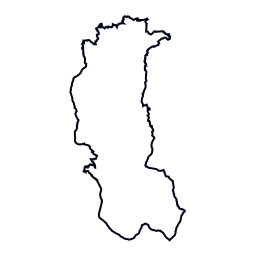 the district of Novaci, Gorj, Romania, rotated 181°
{"feature_id": "2599482B17328442784912", "entity_name": "Novaci", "entity_type": "district", "adm_level": 2, "iso_a3": "ROU", "parent_name": "Romania", "parent_adm1": "Gorj", "projection": "equal_earth", "projection_center": [23.644, 45.237], "detail": "fine", "context": "isolated", "style": "outline", "palette": "ink", "viewbox_px": 256, "rotation_deg": 181, "n_neighbors": 0, "source": "geoboundaries", "source_scale": "gbopen_adm2", "svg_char_len": 5880}
<svg xmlns="http://www.w3.org/2000/svg" viewBox="0 0 256 256"><g transform="rotate(181 128 128)"><path d="M131.3,239.3L133.3,239.6L133.6,238.8L134.5,238.6L134.7,237.0L134.2,236.5L134.9,236.1L135.2,235.5L135.0,235.2L135.6,234.7L135.0,234.0L135.3,233.6L134.4,232.7L135.3,232.9L135.6,232.5L137.4,232.5L137.5,232.2L139.1,232.1L139.4,230.9L140.5,230.4L140.9,228.6L141.4,229.3L141.9,230.9L143.1,230.6L144.9,231.5L144.8,230.8L145.4,229.9L145.3,229.0L146.7,228.4L149.3,229.1L149.8,227.9L151.5,228.9L152.9,227.3L153.9,228.2L154.4,227.9L155.8,229.1L156.4,230.4L155.9,230.8L156.3,231.8L157.7,231.3L159.0,229.1L157.6,228.6L157.4,228.2L159.4,228.4L160.5,227.4L161.5,227.0L160.7,226.0L161.1,225.7L160.1,224.3L159.8,224.5L159.3,223.8L158.7,221.6L160.7,220.8L160.3,219.8L160.7,219.3L159.3,216.7L160.7,215.4L160.4,214.1L160.5,214.4L162.0,214.0L161.7,213.4L162.5,212.7L161.7,211.2L163.5,211.1L166.3,213.5L167.0,213.8L168.3,215.3L170.3,215.1L170.3,214.7L174.0,214.7L173.6,212.7L174.5,213.3L174.8,212.4L174.4,212.0L175.3,211.0L174.6,210.3L174.4,208.4L174.8,208.1L174.3,207.4L175.3,207.0L175.3,206.7L175.2,206.2L174.3,205.7L174.0,204.4L174.1,202.6L173.7,201.8L174.1,200.9L173.7,200.3L173.5,199.1L172.6,198.0L172.6,197.4L172.1,196.5L172.3,192.4L170.8,191.3L171.1,190.4L170.9,189.2L171.5,188.2L174.3,186.3L175.4,184.6L175.8,183.3L177.2,181.2L179.8,179.1L182.7,177.6L182.8,177.0L183.4,176.6L183.6,175.8L183.5,174.9L184.6,172.2L184.9,169.4L185.6,167.6L185.9,165.8L185.7,164.8L186.0,164.4L186.2,162.9L184.2,156.9L184.1,154.7L182.6,152.0L182.2,149.9L181.5,148.2L181.8,147.3L180.6,146.4L179.7,144.4L179.6,143.7L180.4,142.8L180.9,141.2L180.2,139.2L178.3,135.6L177.6,135.1L177.7,134.3L178.8,132.1L178.6,131.2L179.0,130.4L178.9,129.6L179.3,128.9L178.9,127.6L179.0,127.0L179.8,124.9L181.0,123.7L181.1,121.5L180.6,116.6L180.8,114.1L180.2,112.6L178.2,111.1L175.9,110.7L172.2,111.3L171.6,111.7L171.1,110.7L167.9,110.3L167.1,109.8L165.9,109.0L166.1,108.8L166.0,107.9L165.1,106.3L163.1,104.6L163.4,104.6L163.7,103.3L162.4,102.6L162.3,101.8L161.9,101.4L158.5,99.8L159.7,96.6L160.5,96.7L161.6,96.4L161.7,96.0L164.5,96.2L163.2,93.7L162.7,93.7L161.1,91.7L160.4,90.2L160.1,87.8L160.5,87.9L160.6,89.2L161.9,90.7L162.6,90.7L161.9,90.3L161.9,90.0L163.0,90.2L163.0,90.7L164.3,90.9L164.1,90.5L164.5,90.4L165.3,90.7L166.4,89.9L166.5,89.0L167.1,89.1L167.0,88.6L167.7,88.2L167.7,87.7L168.7,87.9L169.3,89.0L169.9,88.9L170.7,87.9L170.7,86.3L171.6,83.8L169.7,82.9L169.8,83.8L169.4,84.2L167.2,84.3L166.7,83.7L166.3,82.6L164.8,81.7L163.6,79.8L163.2,80.1L162.0,77.9L161.1,77.8L159.9,76.6L159.6,76.8L159.2,76.4L158.4,75.2L158.0,75.4L157.6,74.1L154.2,67.7L153.8,66.7L153.7,65.3L154.7,62.0L154.6,60.1L153.9,57.3L153.0,55.9L152.7,55.0L153.1,54.2L152.8,53.6L155.6,41.5L155.3,38.7L154.7,37.7L149.8,34.0L149.3,33.2L148.0,32.6L147.3,30.7L146.1,29.6L144.9,27.5L143.5,26.5L142.5,25.1L138.2,22.5L135.4,21.3L133.2,19.4L128.9,17.1L126.5,16.9L125.2,16.4L123.5,16.7L120.1,18.1L118.7,20.6L117.8,21.4L116.2,22.1L115.3,23.1L114.7,25.1L112.9,28.5L112.3,31.1L110.6,31.6L109.8,32.5L108.1,32.5L106.0,31.3L104.8,28.5L102.6,26.8L97.4,25.6L95.8,26.2L94.5,25.7L93.6,25.8L93.3,25.3L90.8,23.6L89.9,22.3L89.4,21.1L87.4,18.8L85.4,17.5L84.5,16.5L79.3,21.7L78.6,24.0L78.8,25.3L78.3,26.2L78.0,28.6L75.6,33.5L74.8,34.4L74.4,35.2L73.8,36.9L73.1,41.3L72.2,42.2L71.4,44.3L70.2,45.0L69.8,46.4L72.0,47.7L72.7,47.5L73.1,47.9L74.5,48.1L75.7,49.2L75.9,50.1L76.9,50.7L77.1,51.4L76.9,52.0L77.6,52.6L77.7,55.0L78.4,55.9L78.1,56.9L78.5,57.9L79.2,58.6L79.3,59.2L80.3,60.2L80.8,61.6L80.6,62.5L81.4,63.5L81.3,64.8L82.1,66.4L81.5,67.8L81.2,69.5L81.8,72.2L81.8,73.1L82.3,74.3L82.0,75.4L82.7,76.2L83.8,76.5L84.4,77.5L85.6,78.2L86.3,79.1L86.5,80.0L89.2,80.4L89.7,81.0L90.3,83.5L90.9,83.9L90.8,85.0L91.6,85.8L91.8,86.6L93.9,85.8L96.8,85.9L98.8,87.4L106.8,88.6L108.0,89.4L109.1,89.6L109.3,90.6L109.8,90.7L110.0,91.2L109.6,92.2L109.5,93.5L108.4,95.5L108.1,96.9L107.4,97.9L107.3,99.1L106.1,100.7L104.5,102.0L103.6,103.5L103.4,105.6L103.1,106.0L103.1,106.5L103.3,108.0L103.8,108.5L104.2,110.5L104.0,113.0L103.3,115.1L101.5,118.5L102.3,119.8L103.6,120.8L103.6,122.1L103.3,123.1L103.9,124.3L103.7,125.0L102.7,125.7L102.6,126.1L103.1,127.3L103.9,128.3L104.2,130.4L104.5,130.5L105.1,129.8L105.8,130.3L105.9,131.7L106.5,133.2L106.1,134.0L106.7,135.3L107.2,135.6L108.0,135.5L107.7,137.7L107.2,138.7L108.6,140.8L107.5,141.6L107.3,142.3L108.6,144.7L108.7,145.9L108.3,146.8L107.3,146.5L106.7,146.7L106.6,147.7L107.5,148.4L108.7,148.1L108.8,149.4L109.8,151.7L113.4,150.2L113.3,151.6L114.9,154.6L114.5,157.9L114.0,158.9L113.6,161.0L114.0,162.2L113.7,162.4L113.8,162.8L113.0,163.4L113.1,164.2L111.1,169.1L111.1,171.0L111.8,173.8L110.6,175.1L110.4,175.7L111.1,177.7L110.8,180.9L111.0,181.9L110.7,182.3L110.7,184.5L111.2,185.8L112.2,186.2L112.0,187.3L112.3,189.3L111.6,189.9L111.8,190.4L111.4,190.5L111.8,190.8L111.4,191.7L111.0,192.1L111.3,192.9L112.1,193.3L112.7,194.9L112.1,195.0L112.0,195.3L112.2,197.6L111.8,197.7L111.8,197.9L112.0,200.5L110.5,201.2L111.1,201.8L109.4,203.4L110.4,204.8L109.2,206.4L109.5,206.7L106.2,209.2L103.9,210.2L103.6,210.2L103.5,209.7L102.8,209.8L101.3,210.8L99.2,211.5L99.4,212.0L98.3,213.3L99.5,214.9L96.0,217.9L94.8,218.2L94.5,218.0L93.1,219.1L92.5,219.1L91.4,218.8L90.9,218.0L89.6,217.0L89.3,217.5L88.4,217.5L87.7,217.9L88.3,219.8L86.7,220.0L89.5,221.1L89.3,221.7L88.5,221.9L88.6,222.5L90.0,221.8L90.3,222.4L91.8,222.6L91.7,223.0L92.2,223.4L93.2,223.6L93.5,224.5L94.6,224.7L94.8,225.4L102.0,224.6L102.7,224.7L102.6,225.1L103.6,225.0L105.7,222.6L106.8,221.9L109.0,222.9L109.1,223.6L110.0,224.7L110.6,225.0L111.5,224.7L111.3,229.8L111.5,230.3L111.3,230.9L111.5,231.6L111.0,232.5L112.1,233.8L112.5,234.7L111.9,235.9L110.2,236.9L110.8,237.7L114.3,236.3L117.7,236.2L117.6,235.5L120.5,235.4L120.9,235.8L119.9,237.1L120.2,237.8L121.8,237.5L124.4,236.1L126.3,237.5L128.5,238.3L128.7,239.3L130.1,239.6L131.0,238.9L131.3,239.3Z" fill="none" stroke="#020617" stroke-width="2"/></g></svg>